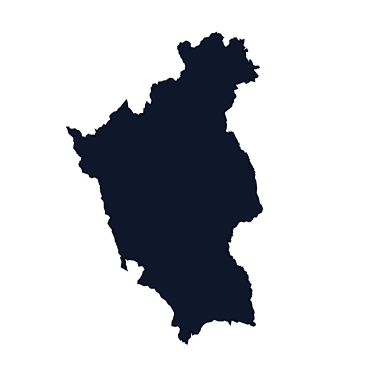 outline of Rionegro, Antioquia, Colombia, rotated 343°
{"feature_id": "7082276B44493492234121", "entity_name": "Rionegro", "entity_type": "district", "adm_level": 2, "iso_a3": "COL", "parent_name": "Colombia", "parent_adm1": "Antioquia", "projection": "equal_earth", "projection_center": [-75.409, 6.146], "detail": "fine", "context": "isolated", "style": "filled", "palette": "ink", "viewbox_px": 384, "rotation_deg": 343, "n_neighbors": 0, "source": "geoboundaries", "source_scale": "gbopen_adm2", "svg_char_len": 5991}
<svg xmlns="http://www.w3.org/2000/svg" viewBox="0 0 384 384"><g transform="rotate(343 192 192)"><path d="M221.9,48.2L220.9,49.0L221.0,50.2L220.4,51.1L221.1,53.2L220.4,55.4L221.1,57.4L221.1,59.9L222.1,62.0L222.1,65.5L223.1,66.3L223.1,70.2L222.0,71.8L221.4,74.0L220.0,73.6L216.7,74.4L215.9,77.3L215.5,77.4L215.9,78.8L213.8,79.5L213.5,81.0L211.5,80.0L210.1,81.7L208.2,81.4L206.3,78.0L204.1,77.0L200.8,77.9L200.3,78.7L198.0,77.7L195.5,78.1L192.4,77.3L191.5,78.7L191.6,79.4L190.3,80.3L188.4,78.0L186.2,77.8L185.0,80.0L183.6,80.6L183.0,84.2L180.6,86.5L180.2,89.3L180.9,92.3L179.1,95.8L177.7,96.4L176.3,95.2L175.2,92.9L173.2,95.2L172.3,98.1L170.5,98.5L169.2,102.4L168.2,103.0L165.3,102.1L163.4,103.7L161.0,100.7L158.7,100.8L157.0,95.4L155.0,92.2L156.0,87.8L156.0,85.2L148.7,90.3L145.8,91.4L143.8,93.7L143.6,93.1L141.1,93.5L140.9,93.0L137.1,94.5L135.7,95.7L135.6,99.6L133.2,100.0L128.7,103.6L127.4,102.0L124.4,104.2L122.3,103.8L119.2,106.0L118.2,104.8L118.4,107.1L116.7,108.4L115.9,110.4L114.1,108.8L112.4,108.8L109.7,106.6L107.2,107.9L106.1,109.6L104.8,109.4L104.7,108.1L103.1,107.7L102.5,106.4L102.7,103.5L101.5,100.3L100.0,99.9L98.5,97.5L97.8,97.9L96.7,97.2L96.1,97.9L95.2,97.8L94.7,96.7L93.5,96.2L92.7,93.8L91.4,93.6L91.9,95.0L91.7,99.7L95.2,105.5L94.0,108.7L94.4,110.5L91.9,115.3L93.5,119.2L93.7,121.6L94.9,122.6L94.8,123.9L97.1,126.7L95.2,130.2L94.0,130.1L93.5,131.4L92.1,132.5L92.3,134.7L93.4,136.3L93.8,138.4L93.4,140.9L98.7,144.6L98.9,147.4L99.4,147.3L100.1,148.8L103.5,148.8L105.1,150.5L106.3,152.1L106.0,157.8L106.9,158.8L105.7,161.1L105.8,162.4L105.0,165.0L105.4,170.0L103.7,171.6L105.3,174.6L105.0,177.3L103.7,181.5L103.9,185.0L103.1,187.4L105.5,189.2L106.7,191.6L106.8,193.3L104.8,194.7L102.6,197.8L103.2,198.4L103.3,200.1L105.3,205.0L104.3,206.4L105.1,213.2L104.5,217.1L105.1,218.9L104.9,221.2L105.7,222.1L105.0,223.3L105.3,226.8L104.4,228.0L105.3,231.1L106.1,231.3L106.5,232.8L104.7,234.1L105.1,237.9L102.7,243.0L106.8,247.4L106.6,245.7L107.2,244.9L106.8,241.6L107.7,239.7L107.8,236.5L109.1,235.3L110.8,238.1L111.4,237.5L117.0,240.1L119.9,243.3L119.7,247.2L123.0,247.5L124.0,248.9L124.8,252.7L121.9,254.4L121.3,256.1L117.1,260.1L114.7,261.2L113.7,263.6L115.6,264.4L118.9,267.4L123.0,268.1L123.8,270.7L125.2,272.1L128.5,272.8L129.2,276.4L131.7,279.5L132.2,283.5L135.7,287.7L136.8,291.9L138.7,294.6L140.3,302.2L139.3,305.7L138.4,306.0L137.6,307.9L135.2,310.4L134.0,313.8L136.7,315.4L139.7,315.5L140.7,317.6L141.3,319.4L138.7,324.2L138.0,324.0L137.4,324.9L137.0,327.3L138.0,330.2L139.9,330.0L139.7,332.4L141.8,332.7L142.2,333.2L141.7,334.4L142.9,335.6L144.7,331.8L147.9,330.1L149.7,324.9L150.3,324.8L150.9,326.0L151.0,328.6L153.0,328.2L155.9,329.3L159.3,326.3L160.4,324.3L163.7,322.0L167.1,320.6L173.1,321.2L175.8,319.7L179.4,322.6L183.9,324.1L185.6,323.5L187.2,325.1L188.7,325.5L189.9,329.5L192.2,325.3L197.1,329.5L197.5,328.6L200.0,329.4L206.7,334.4L209.0,334.4L209.3,336.0L211.3,337.8L211.5,337.2L212.4,337.9L213.4,337.6L213.7,336.8L213.2,335.5L212.3,334.9L211.8,333.0L214.1,331.4L214.6,328.7L214.2,326.6L214.9,327.1L215.2,325.1L215.8,325.6L216.1,324.9L215.9,321.9L215.2,321.5L215.8,319.1L215.2,317.5L216.0,317.3L216.1,314.7L215.5,314.5L216.0,313.7L214.9,311.6L217.0,310.5L217.0,309.1L218.2,309.1L218.2,307.6L219.1,307.2L218.9,306.5L219.8,304.7L218.9,305.0L218.8,304.5L219.8,303.6L219.1,303.0L220.3,302.4L219.0,300.7L221.2,297.7L220.0,295.5L220.2,294.1L219.5,293.5L219.6,291.8L220.5,290.7L220.0,289.7L220.9,288.8L219.9,286.0L220.3,284.6L218.9,283.5L218.3,281.8L218.6,280.6L217.6,280.5L218.0,279.4L217.3,279.8L216.7,277.7L216.0,278.0L215.5,277.4L215.1,278.2L214.7,276.4L213.0,275.9L213.1,270.7L212.5,269.0L211.7,269.5L210.9,267.9L211.6,266.1L210.4,264.7L209.4,265.0L209.5,263.6L208.4,262.8L209.3,262.4L209.7,260.8L208.9,261.0L209.3,259.5L208.4,259.2L208.6,258.4L209.7,257.8L208.9,256.4L210.6,256.3L211.2,255.0L211.0,250.9L211.9,249.8L213.0,250.3L212.8,249.3L213.7,249.6L214.0,250.5L214.6,250.1L214.3,248.4L215.1,247.9L215.2,246.8L215.8,246.9L216.1,245.4L217.1,245.5L216.7,243.9L218.0,244.6L217.9,243.2L219.0,242.3L218.8,241.2L219.9,239.5L219.6,238.8L224.3,237.5L227.6,234.4L230.5,234.0L232.9,235.5L235.6,235.2L237.6,236.8L239.1,237.0L241.9,235.5L242.5,234.3L244.2,233.8L246.4,234.4L248.5,232.1L252.4,231.4L254.4,228.5L254.0,224.6L252.9,223.1L253.5,216.7L252.8,211.8L254.8,206.9L255.9,200.6L255.6,196.3L257.0,193.8L256.7,192.4L257.7,191.2L256.3,188.3L257.6,188.1L256.8,186.1L256.8,184.4L256.2,184.1L256.3,182.5L254.9,181.6L256.0,181.1L255.4,178.7L256.1,177.8L255.3,177.2L256.0,175.1L255.3,173.8L255.6,172.8L255.1,170.6L252.9,170.2L253.2,168.2L250.3,165.6L250.7,163.7L249.8,161.8L250.8,160.2L249.6,159.3L250.6,158.9L249.5,158.1L250.1,156.8L249.8,155.2L249.1,155.9L248.8,155.5L249.4,154.3L248.5,147.4L247.0,146.1L246.2,146.8L245.1,145.8L244.8,147.3L241.0,144.1L243.1,141.1L244.7,137.2L244.6,136.3L243.5,135.3L245.7,133.8L245.7,126.2L246.5,124.8L254.9,121.4L255.8,119.6L257.9,117.7L258.8,114.5L259.8,114.9L261.6,113.8L261.8,112.3L260.8,109.7L261.3,106.4L265.6,106.1L264.3,102.1L264.5,101.0L266.8,101.9L274.5,101.3L275.6,103.7L279.0,103.1L280.4,102.1L284.1,104.3L284.5,101.1L287.9,101.2L288.9,100.2L286.2,93.7L286.3,91.9L290.0,92.7L290.9,91.7L291.9,92.7L292.6,92.4L291.9,91.1L289.2,90.5L287.1,89.0L286.9,84.5L286.1,82.9L285.4,83.3L286.1,85.2L283.8,85.4L283.2,81.4L282.3,79.7L284.0,73.0L286.1,73.6L286.4,73.1L286.0,71.4L283.0,72.1L282.1,71.1L282.3,70.4L284.5,69.3L283.1,66.7L285.0,64.1L286.0,61.6L283.7,61.7L282.8,60.6L282.6,61.6L280.7,61.5L279.8,60.3L279.2,57.8L277.4,57.2L276.9,58.2L274.5,57.6L272.5,58.5L272.1,60.4L270.4,63.1L269.7,62.6L267.3,63.9L265.4,63.0L264.7,59.4L265.1,58.5L264.0,56.8L266.2,54.0L266.2,53.2L266.9,53.1L265.9,52.0L265.5,49.7L263.4,48.4L261.8,49.2L261.9,46.8L259.3,47.4L258.4,46.7L256.8,46.8L253.7,49.4L249.0,48.7L247.2,50.2L244.9,50.9L243.3,53.5L240.6,54.6L238.6,54.4L236.6,55.5L232.9,53.6L232.6,52.2L233.5,49.5L231.9,47.2L230.4,46.2L226.2,47.4L224.5,46.1L223.6,47.1L223.3,49.7L222.9,48.6L221.9,48.2Z" fill="#0f172a" stroke="#020617" stroke-width="1.5"/></g></svg>